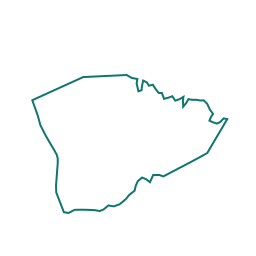 Terezinha, Pernambuco, Brazil, rotated 335°
{"feature_id": "56859067B64168631731384", "entity_name": "Terezinha", "entity_type": "district", "adm_level": 2, "iso_a3": "BRA", "parent_name": "Brazil", "parent_adm1": "Pernambuco", "projection": "robinson", "projection_center": [-36.613, -9.073], "detail": "fine", "context": "isolated", "style": "outline", "palette": "teal", "viewbox_px": 256, "rotation_deg": 335, "n_neighbors": 0, "source": "geoboundaries", "source_scale": "gbopen_adm2", "svg_char_len": 1050}
<svg xmlns="http://www.w3.org/2000/svg" viewBox="0 0 256 256"><g transform="rotate(335 128 128)"><path d="M221.7,161.9L218.8,159.7L213.9,161.6L210.5,161.6L207.6,158.9L204.9,155.8L207.8,153.1L211.0,151.2L210.0,145.7L210.0,139.5L208.3,134.9L205.0,133.6L202.3,131.5L197.8,129.4L195.0,127.4L191.4,129.9L187.0,132.0L189.4,126.3L191.4,123.2L187.0,123.7L182.4,123.2L181.6,117.9L178.0,117.7L173.0,116.8L173.5,110.6L170.6,109.2L169.5,104.3L168.8,99.3L164.8,98.5L164.4,94.7L161.8,91.4L158.4,95.9L156.2,99.5L153.0,99.1L154.6,91.4L157.2,87.5L152.6,84.3L149.2,79.4L108.9,62.9L58.2,62.4L53.0,62.4L51.5,78.4L49.8,88.3L50.2,100.0L50.8,106.9L51.9,118.3L52.1,122.2L51.5,125.7L49.6,129.9L38.3,150.0L35.7,156.3L34.3,177.2L38.2,179.9L45.0,179.6L51.3,182.4L56.6,185.0L62.8,188.2L67.3,191.3L71.4,191.5L77.5,189.9L82.0,193.0L88.1,193.6L96.1,191.5L100.5,189.3L104.1,188.4L107.5,187.6L110.7,183.5L114.6,180.2L119.9,178.9L122.8,182.1L125.0,186.4L131.0,181.2L136.6,183.9L139.6,186.8L175.8,185.1L189.2,184.2L221.7,161.9Z" fill="none" stroke="#0f766e" stroke-width="2"/></g></svg>